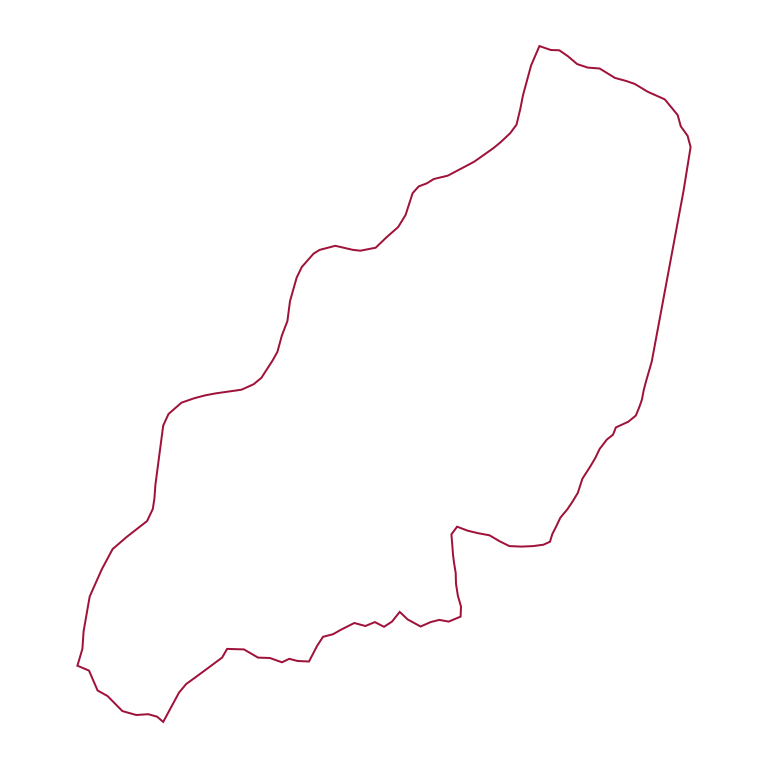 outline of Nazária, Piauí, Brazil
{"feature_id": "56859067B86808637592511", "entity_name": "Nazária", "entity_type": "district", "adm_level": 2, "iso_a3": "BRA", "parent_name": "Brazil", "parent_adm1": "Piauí", "projection": "robinson", "projection_center": [-42.873, -5.44], "detail": "fine", "context": "isolated", "style": "outline", "palette": "rose", "viewbox_px": 768, "rotation_deg": 0, "n_neighbors": 0, "source": "geoboundaries", "source_scale": "gbopen_adm2", "svg_char_len": 1798}
<svg xmlns="http://www.w3.org/2000/svg" viewBox="0 0 768 768"><path d="M77.4,665.7L89.0,670.6L97.6,690.5L107.5,696.0L122.4,711.1L136.2,715.0L148.3,714.2L157.1,716.7L163.2,721.9L179.0,692.6L186.3,683.9L195.2,677.5L222.1,657.6L227.1,648.9L243.9,649.4L258.0,657.6L269.9,658.0L282.0,662.3L289.3,658.8L297.6,661.0L309.0,661.5L317.1,645.9L323.0,636.8L333.1,634.2L340.6,629.9L354.3,623.0L365.4,626.0L374.9,622.1L384.0,626.8L392.0,621.6L399.7,611.9L407.6,619.4L420.6,626.5L430.6,622.1L439.3,619.9L448.7,621.6L460.6,616.6L461.0,606.5L457.9,595.9L456.0,583.8L455.7,573.0L454.0,562.6L453.0,554.6L452.2,543.9L451.4,534.4L457.1,526.7L467.4,530.6L477.6,533.1L489.5,535.3L499.7,541.3L509.4,546.1L521.6,546.6L533.0,546.1L543.5,544.7L550.0,541.7L552.3,534.1L556.3,526.2L560.4,517.6L567.3,509.4L572.2,502.1L577.8,492.9L582.4,478.7L590.4,466.3L595.3,458.0L599.6,449.0L606.9,439.5L613.0,434.7L615.9,427.4L628.3,421.7L635.8,415.6L639.2,407.4L641.9,399.7L643.7,390.2L646.1,381.1L651.7,361.8L683.5,191.1L690.6,147.1L687.6,135.8L680.8,126.4L677.7,115.1L664.8,99.4L647.6,91.7L634.7,83.9L625.9,80.9L614.9,77.9L599.6,68.5L587.8,67.6L577.2,64.1L567.6,56.0L559.3,50.3L550.8,50.0L539.4,46.1L531.1,65.4L523.0,95.2L520.4,108.5L516.5,124.7L510.1,133.3L500.6,142.2L493.7,147.9L474.2,161.7L447.7,175.7L433.8,179.0L426.7,183.4L418.7,186.4L412.6,193.2L405.6,214.9L398.2,227.0L386.4,237.4L375.7,247.7L360.4,250.7L353.1,249.9L335.3,245.8L319.6,249.9L313.5,253.7L301.8,267.0L296.7,277.5L290.0,301.2L287.4,321.1L281.9,335.4L277.4,351.9L272.4,360.8L261.4,377.8L253.7,384.2L241.5,389.7L216.1,393.3L205.4,395.3L194.0,398.3L181.4,402.7L168.5,414.0L163.2,425.6L155.4,484.8L154.4,498.6L152.8,509.0L147.1,521.0L126.5,537.1L112.6,549.1L101.7,569.5L89.7,596.5L83.6,631.2L82.4,648.9L77.4,665.7Z" fill="none" stroke="#9f1239" stroke-width="2"/></svg>